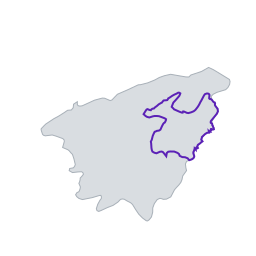 Bosnia and Herzegovina, with Banja Luka highlighted, rotated 114°
{"feature_id": "BIH-4802", "entity_name": "Banja Luka", "entity_type": "state/province", "adm_level": 1, "iso_a3": "BIH", "parent_name": "Bosnia and Herzegovina", "parent_adm1": "", "projection": "natural_earth1", "projection_center": [17.075, 44.676], "detail": "fine", "context": "in_parent", "style": "outline", "palette": "violet", "viewbox_px": 256, "rotation_deg": 114, "n_neighbors": 0, "source": "natural_earth", "source_scale": "10m", "svg_char_len": 4098}
<svg xmlns="http://www.w3.org/2000/svg" viewBox="0 0 256 256"><g transform="rotate(114 128 128)"><path d="M204.9,72.3L205.3,73.6L204.3,78.1L202.4,83.0L199.3,88.0L196.0,92.8L195.2,95.3L195.0,99.3L194.6,102.5L195.1,104.2L196.2,105.8L199.8,107.1L204.8,110.2L209.0,114.4L214.4,119.1L216.1,120.8L216.1,122.7L214.6,124.1L210.0,124.6L205.2,124.2L203.3,123.7L201.6,124.3L200.6,125.4L201.2,126.6L206.1,132.3L211.9,140.5L212.3,144.1L211.6,146.8L210.3,148.7L207.9,148.4L206.1,146.9L203.3,147.0L201.2,147.5L198.5,150.4L197.1,150.3L194.7,150.7L193.2,151.3L190.8,150.5L188.4,149.9L187.3,150.8L186.8,152.5L188.4,155.7L191.3,160.6L190.9,164.4L188.7,164.8L186.6,161.7L184.8,161.2L182.8,161.3L178.1,164.9L174.7,168.0L173.9,170.1L172.7,172.5L172.3,174.2L172.4,179.8L166.2,180.7L164.9,181.5L164.2,183.3L164.7,190.5L165.2,194.4L168.8,200.4L169.0,202.3L168.5,203.5L165.9,205.9L164.7,206.8L163.9,207.0L159.8,205.5L157.8,204.7L149.5,199.4L145.8,196.5L140.0,192.6L136.4,190.4L134.6,187.1L131.7,186.3L128.4,187.4L124.6,185.0L127.3,183.8L127.9,182.6L127.6,181.0L126.4,178.9L116.1,169.8L111.1,163.6L110.3,161.4L110.2,155.5L109.0,154.1L101.5,151.4L93.1,143.7L84.4,136.2L83.3,134.1L78.8,128.4L73.4,123.2L69.1,119.9L65.5,116.1L61.6,110.9L59.6,102.9L57.8,95.9L56.6,93.1L54.1,92.2L46.4,83.8L39.9,79.0L40.0,73.7L41.1,65.0L42.4,55.1L44.0,53.7L46.9,52.9L50.4,53.2L53.3,54.4L59.2,61.2L62.5,63.9L65.4,64.9L68.7,62.0L72.7,56.0L76.2,52.9L88.1,54.0L93.9,49.4L103.3,55.5L107.2,56.4L109.4,55.5L112.4,55.9L119.0,57.7L120.5,58.5L122.5,58.3L127.4,56.0L129.1,56.3L134.7,60.9L137.5,60.9L140.9,58.9L143.1,57.2L149.5,58.5L153.2,57.7L156.2,57.6L159.5,58.4L162.6,59.5L165.5,60.4L173.5,60.9L177.3,63.9L178.8,66.7L178.9,68.5L179.3,70.3L181.5,72.2L186.3,73.2L189.3,73.0L190.9,72.9L194.9,71.2L199.7,70.4L203.2,71.3L204.9,72.3Z" fill="#d9dde1" stroke="#a8b0b8" stroke-width="1"/><path d="M94.2,49.0L94.6,49.3L94.9,50.5L95.0,51.0L95.0,51.5L95.2,51.8L96.2,51.7L96.0,51.3L95.9,50.9L96.5,51.1L97.1,51.7L97.6,52.0L98.0,51.3L98.2,51.7L98.2,52.1L98.2,52.4L98.0,52.9L98.3,52.7L99.0,52.3L99.3,52.1L100.2,53.8L102.1,55.1L103.3,55.6L106.2,56.8L106.6,56.6L108.8,56.4L109.0,56.2L109.9,54.5L111.7,55.5L112.5,55.8L114.0,56.7L114.4,57.0L115.1,57.3L115.9,57.3L117.4,56.8L117.5,56.6L117.6,56.3L117.8,56.0L118.2,56.2L118.5,56.6L118.5,57.0L118.4,57.3L118.0,57.6L118.6,57.8L119.2,57.7L120.3,57.2L119.8,58.4L119.6,58.8L119.9,58.7L122.2,58.4L123.2,58.5L123.7,58.4L124.7,57.9L126.4,56.3L127.3,55.8L128.8,55.9L130.2,56.6L131.4,57.7L132.5,59.0L131.4,61.2L131.5,64.0L132.5,66.6L132.4,69.5L131.1,70.7L130.6,72.6L130.7,76.1L132.2,79.7L133.3,81.6L135.0,82.4L138.2,81.6L136.6,84.6L135.8,86.3L135.8,87.6L136.8,89.3L138.4,90.7L139.5,91.7L139.8,93.3L139.8,94.7L139.6,96.1L138.5,97.2L136.8,98.4L134.9,99.4L132.6,100.6L131.2,101.6L129.1,101.5L125.1,102.2L122.2,102.2L120.6,102.1L119.8,101.2L118.9,100.5L117.7,98.6L116.3,97.7L114.6,97.7L112.5,97.7L109.8,97.5L108.6,97.1L108.0,96.6L105.7,96.5L104.5,96.8L104.2,98.4L104.4,101.9L104.6,104.5L105.3,106.5L106.1,108.4L107.2,110.0L109.7,112.8L110.1,115.0L109.9,116.7L109.5,118.0L109.0,119.4L104.7,118.8L103.5,118.5L102.8,117.8L102.8,115.9L102.5,114.4L101.5,114.2L100.4,113.5L99.7,112.3L98.3,111.8L96.2,110.6L93.8,109.5L92.0,108.2L90.9,107.3L90.1,107.2L88.4,106.7L87.6,105.3L87.0,104.2L86.5,103.5L85.7,103.3L84.6,103.3L83.4,102.4L80.6,100.7L78.6,99.2L77.3,98.0L75.9,96.9L75.3,96.5L74.9,95.5L75.1,94.3L76.0,94.2L77.8,94.2L80.5,95.0L83.7,96.0L86.3,96.9L88.9,96.8L90.9,96.7L91.3,95.7L91.7,94.5L92.2,93.6L92.2,90.2L92.2,87.3L92.0,84.9L91.7,84.3L90.5,84.4L90.2,83.7L90.2,82.7L90.2,80.4L89.8,78.9L88.0,76.7L86.0,74.8L84.1,73.8L81.7,73.2L80.0,72.8L77.5,72.5L74.8,72.4L73.4,72.2L70.2,72.0L67.2,71.8L65.7,71.4L64.4,70.0L64.0,69.0L64.0,68.0L64.7,67.0L66.9,66.3L67.9,65.9L68.2,65.3L68.2,64.9L67.9,64.5L67.8,64.3L68.3,62.6L69.2,61.0L69.4,60.6L69.5,59.9L69.4,59.5L69.4,59.2L69.8,58.7L70.2,58.4L71.4,58.1L71.9,57.7L72.5,56.8L74.0,53.9L76.2,52.6L78.8,52.6L87.9,55.1L89.0,54.9L89.6,54.5L89.7,54.1L89.6,53.6L89.9,52.9L90.4,52.5L90.9,52.3L91.3,52.0L91.6,51.3L91.9,51.1L92.4,50.7L92.8,50.2L92.9,49.9L94.2,49.0Z" fill="none" stroke="#5b21b6" stroke-width="2"/></g></svg>